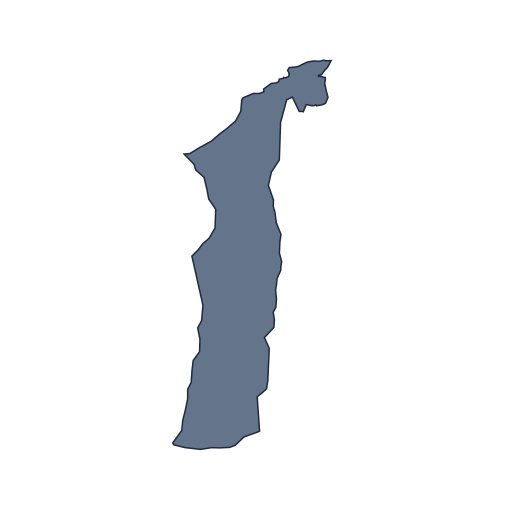 outline of Adavi, Kogi, Nigeria, rotated 133°
{"feature_id": "59680162B7261312330016", "entity_name": "Adavi", "entity_type": "district", "adm_level": 2, "iso_a3": "NGA", "parent_name": "Nigeria", "parent_adm1": "Kogi", "projection": "albers", "projection_center": [6.354, 7.693], "detail": "fine", "context": "isolated", "style": "filled", "palette": "slate", "viewbox_px": 512, "rotation_deg": 133, "n_neighbors": 0, "source": "geoboundaries", "source_scale": "gbopen_adm2", "svg_char_len": 2103}
<svg xmlns="http://www.w3.org/2000/svg" viewBox="0 0 512 512"><g transform="rotate(133 256 256)"><path d="M149.6,373.4L151.7,372.8L160.6,365.8L171.2,363.0L183.9,364.4L190.6,365.7L202.4,367.0L215.8,371.4L226.1,374.2L230.5,378.1L231.2,363.9L234.2,358.8L233.9,347.7L240.6,337.5L246.6,329.4L249.3,317.3L263.4,305.1L274.9,302.4L283.3,303.3L291.0,302.5L299.8,302.8L328.3,261.1L340.4,251.7L348.4,249.6L355.1,240.2L364.5,232.0L375.2,230.7L382.6,225.3L392.6,217.2L400.0,215.1L407.3,208.4L417.4,202.3L426.1,197.5L434.1,191.4L449.5,189.4L450.2,187.4L444.7,177.5L435.3,164.7L426.6,157.9L420.6,151.2L414.0,144.8L408.6,142.1L396.6,141.4L392.4,139.3L386.8,136.4L383.3,134.6L381.7,133.9L358.1,159.2L352.0,158.2L346.0,157.7L339.0,162.4L329.1,170.9L319.2,179.3L314.5,183.4L309.9,194.2L296.1,194.2L290.1,199.0L285.4,205.0L280.1,206.4L273.4,211.8L267.4,218.6L263.3,221.3L258.0,225.3L249.9,228.0L246.6,230.7L242.6,233.4L237.9,240.9L229.2,248.3L223.2,252.4L217.8,263.9L211.1,272.0L207.8,277.4L203.1,281.4L195.9,295.1L184.1,302.0L169.9,304.4L141.6,329.1L120.8,340.1L115.0,337.8L120.8,322.9L119.4,321.6L118.3,319.8L111.0,322.5L109.9,320.9L109.0,319.1L107.8,317.4L106.2,316.0L104.7,315.3L104.9,314.2L100.1,310.6L96.9,309.3L90.8,311.6L87.8,316.5L83.0,323.4L80.1,325.3L78.2,327.1L79.1,328.0L79.2,328.7L81.0,331.9L81.9,332.6L81.6,333.3L80.3,333.1L78.8,331.8L76.3,332.1L72.8,332.4L69.5,332.3L61.8,334.3L63.7,336.1L64.1,336.4L65.7,338.4L66.7,340.1L68.2,341.1L68.9,341.4L69.9,342.1L70.5,342.7L71.1,343.4L71.8,344.2L72.3,344.7L72.9,345.5L73.8,346.5L74.5,347.1L75.6,348.1L79.3,350.8L83.2,352.4L85.2,353.2L87.7,353.9L91.0,356.1L93.7,358.6L94.3,359.0L95.3,360.0L95.9,360.1L97.0,359.9L97.8,359.7L98.7,359.5L98.9,359.2L99.1,358.1L99.3,357.6L99.4,357.3L100.0,356.4L100.5,356.0L100.3,355.7L101.9,354.7L103.1,354.8L104.4,355.4L105.4,355.7L106.5,357.5L106.9,357.1L107.6,357.4L108.4,358.0L109.2,358.3L109.7,358.7L110.0,359.1L110.4,359.2L110.6,359.4L110.9,359.6L112.3,358.7L113.2,358.3L115.7,359.3L119.3,362.5L128.7,364.3L130.5,362.2L134.9,364.4L138.7,368.6L147.0,372.5L149.6,373.4Z" fill="#64748b" stroke="#1e293b" stroke-width="1.5"/></g></svg>